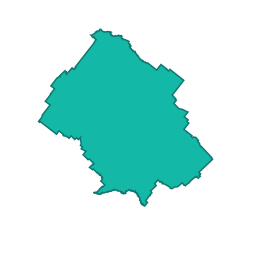 the district of Loddon, Victoria, Australia, rotated 308°
{"feature_id": "25037944B85643834616367", "entity_name": "Loddon", "entity_type": "district", "adm_level": 2, "iso_a3": "AUS", "parent_name": "Australia", "parent_adm1": "Victoria", "projection": "albers", "projection_center": [143.84, -36.404], "detail": "fine", "context": "isolated", "style": "filled", "palette": "teal", "viewbox_px": 256, "rotation_deg": 308, "n_neighbors": 0, "source": "geoboundaries", "source_scale": "gbopen_adm2", "svg_char_len": 5704}
<svg xmlns="http://www.w3.org/2000/svg" viewBox="0 0 256 256"><g transform="rotate(308 128 128)"><path d="M56.0,140.9L56.4,141.3L56.1,142.0L56.9,142.6L57.0,143.2L57.5,143.6L57.4,143.8L57.7,143.8L57.3,144.4L57.3,144.7L57.9,144.8L57.8,145.6L58.3,146.0L58.2,146.4L58.6,147.0L59.7,147.3L60.2,147.1L61.3,147.3L60.7,147.9L61.7,148.4L62.2,149.2L63.0,149.5L64.2,150.6L64.7,150.8L65.0,151.5L66.0,151.3L66.1,151.6L66.0,152.1L66.6,152.2L68.0,153.8L69.2,154.0L69.5,154.5L70.9,154.8L70.9,155.0L70.6,155.4L71.6,155.8L71.6,156.6L72.1,156.8L72.0,157.3L72.2,157.6L71.9,158.3L72.2,158.6L72.2,159.0L72.8,159.4L73.2,160.2L73.2,160.4L73.5,160.8L73.1,161.1L73.1,161.5L73.4,161.5L73.6,162.0L73.3,162.0L73.0,162.4L73.1,162.7L72.8,162.8L73.0,163.2L73.5,163.3L73.1,163.7L73.2,163.8L73.5,163.8L73.7,164.0L73.4,164.3L73.3,164.7L73.9,164.6L74.0,165.3L74.7,165.4L74.7,166.1L75.1,166.5L75.3,166.3L75.2,166.0L75.7,165.9L76.4,165.4L76.9,165.3L77.0,165.7L77.4,165.6L77.5,165.8L77.7,165.7L77.8,166.1L78.8,166.7L79.5,166.7L80.0,166.7L79.8,167.2L79.9,167.4L80.1,167.4L80.1,168.0L80.5,168.2L80.2,168.4L80.3,168.8L80.1,168.9L80.3,169.2L80.8,169.3L80.7,169.8L81.0,170.0L80.8,170.2L81.1,170.8L81.4,170.7L81.8,171.2L81.6,171.7L81.8,171.9L81.7,172.2L82.3,172.3L82.0,172.5L82.2,172.9L82.0,173.0L82.4,173.2L82.3,173.5L81.9,174.0L82.2,174.2L82.1,174.5L81.8,174.8L82.1,175.3L81.8,175.3L81.5,175.7L81.6,176.0L81.4,176.2L81.2,176.3L81.6,176.7L81.5,176.8L81.5,177.4L80.9,177.5L80.7,178.1L80.4,178.1L80.6,178.5L80.5,178.8L80.3,179.0L80.1,179.5L80.3,180.3L79.0,181.3L78.5,181.5L78.6,182.1L78.3,182.1L78.4,182.7L77.6,183.4L77.8,183.4L77.9,183.7L77.4,184.0L77.3,184.4L76.8,184.6L76.5,185.2L76.7,185.3L76.6,185.6L76.8,185.5L77.0,185.8L77.0,186.1L77.3,186.3L76.4,187.4L76.4,187.9L76.8,188.1L76.8,188.4L77.0,188.8L76.9,189.2L81.4,189.2L81.4,186.7L87.5,186.6L88.3,186.7L88.3,186.9L88.7,187.0L89.0,186.5L91.6,186.8L92.3,184.6L99.9,185.7L100.0,185.2L100.5,184.4L100.4,183.3L100.5,183.2L102.6,183.5L105.6,183.6L105.0,186.7L106.3,186.9L106.2,188.1L106.3,188.1L106.3,188.4L106.1,188.3L106.0,189.4L105.3,189.3L106.3,191.4L106.5,192.1L107.1,196.8L106.7,198.6L106.8,199.4L107.1,199.8L107.9,200.3L110.2,201.0L112.3,203.2L112.4,203.4L118.1,204.4L117.6,206.9L117.7,207.4L117.5,207.5L117.8,208.1L117.8,208.7L119.4,208.9L122.5,209.9L124.2,209.8L130.3,210.9L130.7,211.7L132.0,211.8L131.6,214.3L132.5,214.4L134.5,214.7L134.7,213.3L136.1,213.5L136.7,213.2L136.4,212.7L136.6,211.1L155.3,213.9L155.5,212.7L155.9,212.7L156.0,211.8L156.3,211.8L158.6,196.8L158.2,196.7L158.4,195.6L160.0,193.7L160.4,191.1L161.6,191.1L162.3,187.0L161.2,185.5L161.2,185.1L160.1,184.9L160.4,182.9L161.3,183.0L161.3,178.2L161.2,178.0L161.3,178.0L161.3,172.9L169.3,172.9L169.3,170.4L171.4,170.4L171.4,165.4L177.5,165.4L177.1,164.1L176.1,159.1L174.5,156.2L175.6,149.0L179.6,149.0L179.7,147.6L180.4,147.6L181.1,142.6L199.9,142.6L200.0,124.9L198.0,124.9L198.0,122.4L198.3,122.4L198.3,114.9L191.3,114.9L191.4,103.5L190.3,102.2L190.5,101.9L190.2,101.1L190.5,100.9L189.9,100.3L189.9,99.4L189.7,99.2L190.2,98.8L189.9,98.2L190.2,97.7L189.8,97.3L189.3,97.1L189.4,96.5L189.9,96.1L189.8,95.8L189.9,95.3L189.8,95.0L190.0,94.6L189.8,94.4L190.1,93.5L190.1,93.0L190.5,92.4L190.9,92.2L191.0,91.7L191.0,91.0L190.7,90.6L191.3,90.0L191.5,89.4L191.4,89.2L191.5,88.4L191.4,88.1L191.7,87.7L191.9,87.7L192.0,87.4L192.5,86.8L192.6,86.3L192.1,86.2L191.9,85.4L192.1,84.5L192.0,84.3L191.7,84.3L191.9,83.9L192.2,83.7L192.0,82.9L192.2,81.9L192.5,81.6L192.4,81.1L192.7,80.7L192.5,80.3L192.8,80.1L192.9,79.6L193.4,79.7L193.4,79.2L194.4,79.7L194.4,79.0L194.9,78.5L194.8,77.9L195.1,77.9L195.3,77.7L195.3,77.3L195.0,77.0L195.3,76.2L196.2,75.3L196.7,75.5L196.7,74.7L196.6,73.7L196.0,72.8L195.9,71.0L195.0,70.4L195.0,69.7L195.2,69.2L195.0,68.6L194.7,68.5L195.1,67.6L195.4,67.5L195.4,67.1L195.9,67.0L196.1,66.6L196.6,66.6L196.6,66.2L196.2,66.0L196.2,65.7L196.4,65.5L196.1,65.3L195.7,65.4L195.4,65.3L195.3,64.9L195.5,64.3L195.2,64.1L195.1,63.4L194.8,63.5L194.6,63.2L194.2,63.1L193.2,62.1L193.1,61.4L192.9,61.1L192.3,61.1L191.9,60.8L191.8,60.4L191.3,60.1L191.2,58.9L190.8,58.5L190.9,57.8L191.3,57.8L191.3,57.6L190.9,56.8L191.1,56.6L191.4,56.7L191.5,55.9L192.1,56.0L192.1,55.5L192.6,55.7L192.4,55.2L193.0,55.1L191.4,52.6L189.6,50.9L188.6,48.9L188.5,48.5L189.0,45.9L188.8,45.8L188.5,45.1L188.2,45.1L187.8,45.2L187.6,45.5L187.1,45.6L185.8,44.6L185.4,43.9L185.0,43.9L184.4,44.3L183.9,43.5L183.5,43.3L182.5,43.7L181.7,43.3L180.9,43.3L179.8,42.6L179.1,42.6L178.4,41.7L178.3,42.6L178.2,43.0L177.8,43.4L177.9,44.2L177.8,44.6L178.2,44.7L178.1,45.1L178.5,45.4L178.3,45.5L178.5,45.8L178.3,45.9L178.3,46.3L178.0,46.5L178.3,46.8L178.0,47.6L178.0,48.5L174.6,48.5L174.3,48.9L143.6,48.9L143.7,49.5L141.0,49.5L141.0,47.3L140.5,47.3L140.5,46.8L136.7,46.8L136.7,46.7L134.7,46.7L132.5,46.4L132.6,46.2L132.8,46.2L133.1,45.5L133.3,45.5L133.5,45.1L134.3,44.8L133.7,44.3L133.8,43.8L134.0,43.6L134.0,43.3L134.2,43.1L127.5,42.1L127.1,42.4L127.2,42.1L124.0,41.7L123.8,41.3L113.7,41.3L113.7,46.0L107.1,45.9L107.1,46.4L98.1,46.4L98.2,52.4L85.4,52.5L83.4,53.5L78.1,53.5L78.1,54.9L79.0,54.9L79.1,75.5L83.2,75.4L83.2,81.0L82.6,81.0L82.3,81.2L82.2,81.6L82.2,82.1L82.9,83.2L83.2,84.2L83.5,84.2L83.6,87.9L86.8,88.0L86.1,93.1L88.6,93.5L88.3,96.0L91.3,96.4L90.2,96.9L88.1,99.5L86.9,100.6L86.3,101.0L85.0,101.2L85.0,103.8L82.8,103.9L83.7,109.1L79.2,109.1L79.2,110.3L78.4,116.1L79.8,116.8L79.5,118.9L79.4,118.9L78.8,123.2L77.3,123.0L77.3,122.5L73.2,121.9L73.3,125.8L74.3,126.0L73.6,131.3L74.0,131.3L73.6,133.8L74.3,133.8L74.1,135.4L73.5,135.3L73.8,136.2L73.6,137.9L73.0,137.8L73.0,138.3L72.3,138.2L72.1,139.5L69.5,139.2L68.8,144.8L66.0,144.5L66.2,143.7L62.4,143.2L61.7,143.5L61.5,143.3L58.4,142.9L56.1,140.8L56.0,140.9Z" fill="#14b8a6" stroke="#0f766e" stroke-width="1.5"/></g></svg>